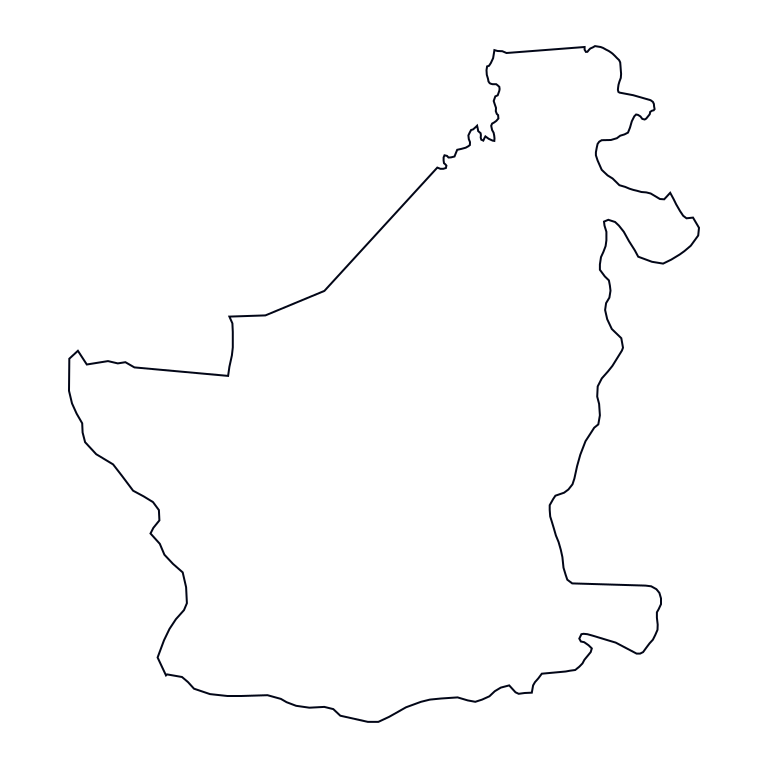 Selangau, Sarawak, Malaysia (Equal Earth projection)
{"feature_id": "92858781B23703975490584", "entity_name": "Selangau", "entity_type": "district", "adm_level": 2, "iso_a3": "MYS", "parent_name": "Malaysia", "parent_adm1": "Sarawak", "projection": "equal_earth", "projection_center": [112.583, 2.507], "detail": "fine", "context": "isolated", "style": "outline", "palette": "ink", "viewbox_px": 768, "rotation_deg": 0, "n_neighbors": 0, "source": "geoboundaries", "source_scale": "gbopen_adm2", "svg_char_len": 4262}
<svg xmlns="http://www.w3.org/2000/svg" viewBox="0 0 768 768"><path d="M378.3,721.9L389.2,716.8L406.0,707.3L421.0,701.8L429.9,699.6L441.1,698.5L457.6,697.4L467.7,700.4L475.3,701.8L482.1,699.6L489.4,696.3L494.8,691.2L500.8,687.6L509.2,685.4L515.5,692.3L518.7,693.8L524.7,693.0L531.2,692.7L531.8,692.7L533.1,685.4L535.0,682.1L538.3,678.4L541.8,673.7L565.7,671.5L570.0,670.7L575.2,670.0L579.3,666.7L582.5,663.4L584.4,659.8L590.7,652.1L591.8,648.4L588.5,645.2L584.2,642.2L580.9,641.5L579.3,638.6L581.4,634.2L583.6,633.8L587.4,634.2L592.8,635.7L608.3,640.4L615.7,642.6L636.6,653.6L640.1,653.6L643.1,652.1L646.3,647.7L649.6,643.3L652.9,639.7L655.3,634.9L657.5,629.8L657.7,624.7L656.9,617.7L656.9,612.3L658.6,609.3L661.0,604.2L661.0,598.4L659.4,592.9L656.4,589.2L651.2,586.3L645.5,585.6L572.2,583.4L567.3,579.7L565.7,575.0L563.5,567.7L562.4,557.1L560.8,549.8L558.6,542.1L555.9,535.5L554.0,528.9L551.8,521.6L550.2,516.5L549.7,509.9L549.7,505.2L553.2,499.0L555.4,495.7L564.1,492.7L568.4,489.5L572.5,484.3L574.4,478.5L577.1,466.1L580.3,454.7L585.5,441.2L591.2,432.4L594.2,427.7L598.3,424.4L599.9,415.3L599.1,403.9L597.2,396.6L597.7,386.4L601.8,378.4L608.0,371.4L612.4,365.9L621.9,350.6L623.0,347.7L621.3,338.2L611.8,329.0L607.2,319.2L605.1,310.0L606.1,303.1L609.4,297.6L610.5,290.7L609.9,285.6L608.9,280.4L604.8,276.4L599.9,269.8L599.9,264.4L601.0,257.1L603.4,251.9L605.6,246.1L606.4,240.3L606.4,231.8L604.5,225.6L604.0,221.6L608.3,219.8L615.1,222.0L618.9,225.6L623.8,231.8L628.9,241.0L634.9,250.5L638.2,256.7L652.0,261.8L663.1,263.6L671.3,259.6L679.7,254.5L684.3,251.2L690.8,245.7L698.2,235.5L699.0,227.8L693.0,217.6L686.5,218.3L683.2,215.8L680.0,211.0L676.2,204.4L673.7,199.3L670.2,192.8L664.2,199.3L659.9,199.0L650.7,193.5L646.3,192.4L641.4,192.0L637.1,190.8L633.3,189.9L629.5,188.7L625.2,186.9L619.4,185.2L612.6,178.5L607.6,175.4L604.2,172.2L601.7,169.8L597.6,160.5L595.9,155.3L595.9,152.2L596.8,147.4L597.6,143.9L599.2,141.7L601.7,140.2L610.9,140.0L616.9,138.2L620.2,135.7L624.5,134.4L628.0,132.6L630.0,127.6L631.8,121.3L634.3,116.3L636.1,114.5L638.0,114.9L640.4,116.4L642.3,118.9L644.7,119.5L646.2,118.6L649.7,114.3L650.2,111.9L652.0,110.7L653.7,110.3L654.6,109.1L654.1,106.5L653.9,104.0L652.9,101.9L650.6,100.2L633.2,95.2L619.5,92.6L618.4,91.9L617.9,89.9L618.1,87.7L618.5,84.8L619.4,81.7L620.8,77.9L621.1,73.9L620.8,70.2L620.5,66.0L620.2,62.4L619.1,60.1L616.9,58.0L615.0,56.0L612.5,53.6L610.6,52.2L608.6,50.9L606.2,49.7L603.0,47.9L600.6,47.0L595.0,46.1L592.8,47.4L590.3,48.5L589.1,49.7L587.4,51.8L585.9,51.9L585.4,51.0L584.6,49.7L584.6,47.0L506.5,53.0L502.3,51.2L497.6,51.0L494.4,50.1L494.0,52.8L493.1,58.2L490.8,63.1L489.0,65.8L487.1,66.4L486.5,70.2L486.8,74.8L488.0,78.8L488.5,81.5L489.7,83.2L491.0,83.8L492.6,84.2L495.0,84.2L496.2,84.2L497.4,85.1L499.3,86.8L499.6,89.0L499.3,90.8L497.7,95.3L495.3,96.4L493.7,101.0L494.7,104.1L496.0,107.9L495.8,111.2L496.8,113.9L498.1,115.1L498.4,118.5L496.3,120.9L494.1,122.5L492.1,123.6L491.2,125.8L492.1,130.0L493.6,132.7L494.2,135.6L494.5,138.5L494.3,140.9L492.6,140.6L488.7,138.8L485.4,136.4L484.7,137.6L483.3,140.6L481.3,139.7L480.7,137.6L480.9,135.1L480.6,133.2L478.2,131.1L477.7,128.4L477.1,125.7L475.9,126.9L473.1,129.4L471.1,130.0L469.8,132.4L468.4,135.4L468.8,139.1L470.0,142.1L469.9,145.0L468.4,146.2L465.7,147.7L461.3,148.9L457.2,149.8L455.8,153.2L454.5,156.5L450.9,157.4L448.5,157.5L447.0,155.9L444.5,155.3L443.6,157.4L443.6,160.5L444.0,163.2L445.3,164.3L446.4,165.6L445.9,168.0L443.3,168.8L440.4,168.8L437.3,167.6L324.4,290.9L265.4,315.4L229.4,316.6L232.4,323.4L232.8,332.0L232.8,340.0L232.8,347.4L231.9,355.4L229.4,366.8L228.1,375.9L134.4,367.4L125.4,362.2L117.8,363.4L108.0,361.1L86.8,364.5L77.9,350.8L69.3,358.7L69.3,360.5L69.0,390.8L72.0,403.4L76.6,413.6L82.2,423.3L82.6,432.5L85.1,442.2L96.2,454.2L113.1,464.4L122.0,475.9L133.1,490.7L143.7,496.4L153.0,502.1L158.9,510.1L159.4,520.4L153.4,527.8L150.5,533.5L159.8,543.8L164.4,554.7L172.9,563.8L182.7,572.4L186.1,587.2L186.9,603.2L184.0,610.1L175.9,619.2L169.5,628.9L164.0,640.3L157.6,657.5L166.0,675.4L167.1,674.4L182.0,677.0L188.0,682.1L194.0,688.7L210.0,694.1L227.4,696.0L241.2,696.0L267.5,695.2L280.9,698.9L286.6,702.2L296.1,705.8L309.4,707.7L324.3,706.9L333.3,709.1L340.3,715.7L368.0,721.9L378.3,721.9Z" fill="none" stroke="#020617" stroke-width="2"/></svg>